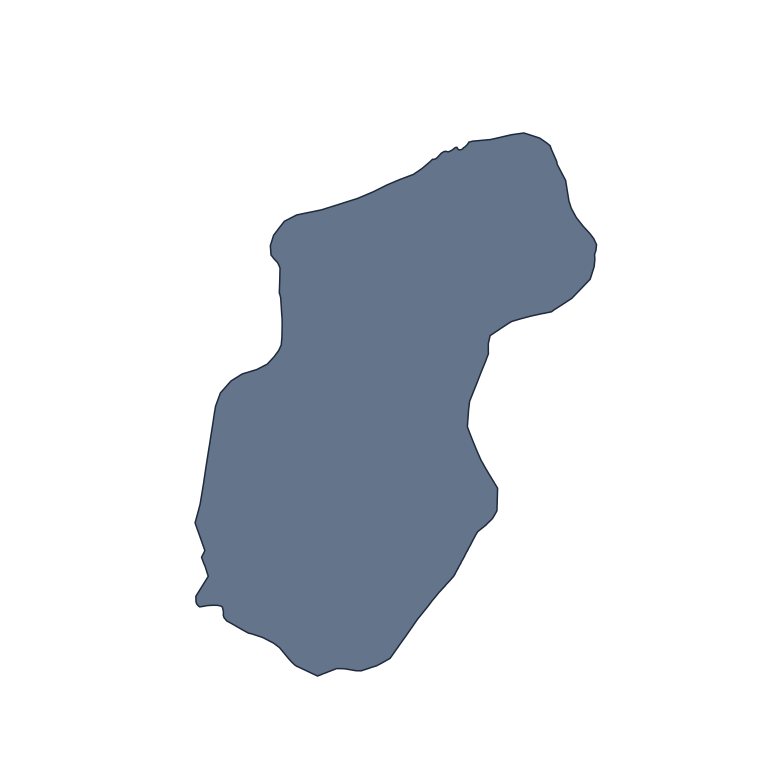 outline of Gunung Mas, Kalimantan Tengah, Indonesia, rotated 40°
{"feature_id": "22746128B12491014044373", "entity_name": "Gunung Mas", "entity_type": "district", "adm_level": 2, "iso_a3": "IDN", "parent_name": "Indonesia", "parent_adm1": "Kalimantan Tengah", "projection": "natural_earth1", "projection_center": [113.623, -0.987], "detail": "fine", "context": "isolated", "style": "filled", "palette": "slate", "viewbox_px": 768, "rotation_deg": 40, "n_neighbors": 0, "source": "geoboundaries", "source_scale": "gbopen_adm2", "svg_char_len": 4689}
<svg xmlns="http://www.w3.org/2000/svg" viewBox="0 0 768 768"><g transform="rotate(40 384 384)"><path d="M474.6,171.2L469.6,159.1L465.4,152.9L462.1,149.5L460.4,145.3L457.3,140.7L451.4,137.9L445.5,136.5L435.0,135.1L424.4,132.9L414.5,129.0L408.0,124.9L402.2,119.9L392.3,111.3L375.7,104.5L372.9,102.3L361.7,96.8L358.1,94.7L354.0,94.7L345.3,95.5L336.8,98.9L329.8,101.8L321.4,111.1L311.1,124.8L308.5,128.2L298.3,138.5L295.8,141.0L295.7,141.1L294.1,143.4L293.5,144.3L293.7,145.1L293.8,146.0L293.9,147.1L293.8,148.2L293.7,149.5L293.5,150.8L293.1,151.8L293.0,152.0L293.2,152.9L293.1,153.6L292.7,154.3L292.2,155.3L291.2,156.3L290.4,156.5L289.7,156.5L289.2,156.4L288.5,156.3L287.9,155.8L287.7,155.8L286.6,157.1L286.1,159.8L285.5,161.9L284.1,164.8L283.0,165.4L282.1,165.8L280.9,166.9L280.4,167.9L279.9,169.2L279.5,170.5L279.5,171.9L279.3,174.5L279.3,175.7L279.1,177.5L278.4,179.0L277.4,180.3L276.9,180.8L276.7,180.8L276.3,184.6L274.6,194.5L271.8,204.5L264.5,217.5L258.4,229.4L252.0,244.1L244.3,259.1L224.2,290.7L218.3,298.2L215.0,302.3L208.4,310.7L203.3,322.8L203.1,323.4L203.0,323.8L203.1,324.2L203.3,329.6L203.3,330.7L203.8,340.9L208.0,351.1L212.8,356.0L213.8,357.1L214.5,357.8L219.8,358.9L224.4,359.4L227.0,360.5L229.9,362.1L237.1,371.1L245.3,381.6L245.5,381.5L249.5,384.4L252.6,387.7L255.3,390.5L260.8,396.3L263.0,398.5L264.3,399.9L267.9,404.1L268.9,405.2L268.9,405.3L269.1,405.6L275.6,413.6L280.2,420.2L280.4,420.8L280.6,421.7L280.9,422.8L281.8,426.1L281.9,427.7L282.3,433.9L281.9,441.5L281.8,444.0L280.9,445.9L279.3,449.8L277.9,453.1L277.6,453.7L277.2,454.8L269.0,467.3L268.7,468.1L266.5,474.9L266.0,476.5L264.9,479.8L264.8,481.3L264.7,484.9L264.7,486.5L264.4,495.9L267.6,504.8L269.3,509.4L271.5,513.1L272.0,514.0L276.3,521.1L276.9,522.0L279.3,526.0L284.0,533.8L290.0,543.7L290.9,545.3L293.8,550.1L297.6,556.4L300.1,560.6L305.5,569.4L309.4,575.7L313.0,581.8L316.8,588.2L320.5,594.5L323.6,601.1L328.5,611.8L332.7,614.3L341.9,619.7L349.2,624.0L353.8,626.7L354.3,628.5L355.6,634.0L357.5,635.1L361.1,637.2L364.2,638.7L373.0,644.3L375.0,658.3L376.3,667.5L379.9,671.6L381.9,672.9L384.6,673.3L386.1,673.2L387.7,671.4L391.4,667.0L395.6,663.1L398.3,660.9L398.7,660.6L402.2,658.8L403.7,658.9L407.3,661.6L409.7,664.6L411.6,665.8L415.8,666.6L420.2,665.7L433.7,663.3L440.2,662.0L443.6,660.3L453.9,656.2L465.9,653.5L473.4,653.1L488.5,655.9L489.4,655.9L490.1,656.1L491.2,656.2L492.4,656.4L493.3,656.4L496.2,656.6L497.2,656.5L497.4,656.5L498.8,656.3L498.8,656.2L505.7,654.4L520.9,650.4L521.2,649.6L521.7,648.8L522.1,648.1L522.5,647.4L522.9,646.4L523.3,645.8L523.7,644.9L524.0,644.4L524.5,643.7L525.8,641.3L526.5,639.9L526.7,639.6L527.1,639.0L528.1,637.0L528.8,635.8L530.7,632.4L535.8,628.3L538.0,626.8L546.8,621.7L550.7,618.5L550.8,618.5L554.3,612.9L555.0,611.9L555.7,610.5L559.5,604.6L559.6,604.3L561.1,600.6L562.1,598.1L565.0,590.3L564.9,589.1L564.7,586.7L563.8,575.8L563.8,575.7L563.7,575.4L563.7,575.2L563.3,570.2L562.9,565.0L562.8,563.4L561.8,552.6L561.8,552.4L560.9,542.8L560.6,526.4L560.6,525.9L560.2,519.2L560.2,514.0L560.2,511.4L560.1,509.1L560.1,507.9L560.2,507.1L560.6,499.0L560.5,498.8L560.5,497.6L560.5,497.0L560.6,496.4L560.6,495.8L560.9,490.2L560.9,488.9L560.9,488.1L561.0,487.5L561.0,486.7L560.9,486.1L560.8,485.8L560.7,484.6L560.6,483.9L560.4,483.5L560.3,483.1L560.1,482.3L560.0,481.5L559.8,480.8L559.8,480.5L559.7,480.3L559.5,479.3L559.5,479.1L559.4,478.5L559.2,478.2L559.3,477.6L559.2,477.4L559.1,476.9L558.9,476.5L558.4,474.2L558.1,471.8L557.7,470.9L557.6,470.7L557.2,468.1L556.4,464.1L556.3,463.7L556.2,463.5L556.0,462.8L555.8,461.8L555.5,460.5L555.2,459.2L555.2,458.8L555.1,458.5L555.1,458.2L554.9,457.5L554.9,457.1L554.6,456.2L554.5,455.9L553.9,452.7L553.8,452.4L553.8,451.9L553.7,451.6L553.2,449.5L552.9,448.1L552.6,446.9L551.5,441.6L551.3,441.1L550.8,437.5L550.8,437.0L550.7,436.9L552.3,428.8L552.4,428.4L552.6,427.3L552.7,427.0L552.7,426.4L552.8,426.4L552.8,426.2L552.8,425.2L552.9,424.2L553.1,422.6L553.2,421.5L553.3,420.7L553.3,420.3L553.5,419.1L553.5,418.4L553.5,417.7L553.5,416.9L553.5,416.6L552.7,412.1L552.0,408.5L538.0,390.8L521.5,385.2L512.5,382.0L512.5,381.9L507.3,380.0L502.0,377.4L495.8,374.3L492.7,372.6L489.9,371.2L481.8,366.8L481.4,366.6L476.7,363.9L475.4,363.2L473.7,360.9L473.0,359.9L472.9,359.9L470.4,356.3L465.6,349.7L460.7,342.2L458.2,334.6L457.5,332.5L454.4,323.0L450.9,312.8L447.1,300.9L446.0,297.9L444.6,293.8L443.1,292.1L438.0,286.1L434.2,278.7L435.3,274.9L437.6,266.9L437.2,266.8L437.5,266.8L437.7,266.4L438.3,264.6L439.7,259.9L440.8,256.3L441.7,253.9L446.6,246.5L453.0,237.4L459.4,229.1L460.5,227.7L461.1,227.1L465.9,221.0L466.7,217.6L467.5,215.1L472.8,197.7L473.7,184.7L474.3,175.6L474.6,171.2Z" fill="#64748b" stroke="#1e293b" stroke-width="1.5"/></g></svg>